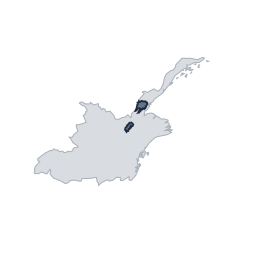 Hpa-An, Kayin, Myanmar shown in context, rotated 239°
{"feature_id": "60261553B96608852730046", "entity_name": "Hpa-An", "entity_type": "district", "adm_level": 2, "iso_a3": "MMR", "parent_name": "Myanmar", "parent_adm1": "Kayin", "projection": "albers", "projection_center": [97.347, 18.013], "detail": "fine", "context": "in_parent", "style": "filled", "palette": "slate", "viewbox_px": 256, "rotation_deg": 239, "n_neighbors": 0, "source": "geoboundaries", "source_scale": "gbopen_adm2", "svg_char_len": 7983}
<svg xmlns="http://www.w3.org/2000/svg" viewBox="0 0 256 256"><g transform="rotate(239 128 128)"><path d="M164.2,115.1L161.7,113.9L160.0,115.0L157.2,114.7L157.5,117.0L156.0,117.8L153.2,117.6L151.6,121.3L145.9,122.3L142.2,121.6L140.1,124.8L140.0,128.5L138.9,130.7L139.4,134.6L136.9,135.6L135.4,135.4L136.2,137.1L138.2,137.9L139.3,141.8L139.0,143.4L146.8,152.5L149.2,159.7L151.1,158.7L151.6,159.4L150.9,161.4L148.5,162.8L148.2,170.4L144.2,172.3L144.4,174.8L144.8,176.6L148.4,181.7L152.3,185.1L154.6,188.8L155.1,194.1L154.5,196.4L155.6,199.6L157.6,201.7L160.0,210.2L155.4,217.7L150.7,222.7L150.2,227.9L148.6,229.6L147.9,228.0L147.5,222.6L149.8,219.1L150.5,212.4L151.9,211.0L151.1,210.3L149.3,210.8L149.9,205.4L148.9,205.2L149.7,204.0L148.5,195.0L144.9,188.6L144.4,185.9L143.9,189.6L143.4,188.9L143.3,183.9L141.2,178.4L141.4,178.0L142.4,178.4L141.5,177.2L140.8,177.5L140.2,176.1L139.0,164.8L137.7,163.2L138.2,158.3L139.2,157.1L135.5,157.6L133.7,153.5L133.6,151.2L129.9,147.8L130.5,148.9L129.9,150.0L130.5,151.9L128.9,155.5L127.4,157.1L125.4,157.8L123.8,156.8L123.4,154.9L122.8,154.8L124.2,158.4L118.2,161.5L117.3,163.6L114.1,166.4L113.2,166.0L113.7,162.2L111.9,165.2L109.3,165.3L108.9,161.2L107.8,163.6L106.3,164.3L106.9,157.5L106.4,159.5L104.0,162.1L101.7,163.0L102.3,157.4L105.5,148.6L105.8,145.7L104.3,138.6L101.6,132.7L102.4,132.6L100.6,130.9L100.4,126.5L99.3,128.0L99.1,130.8L96.8,129.3L94.6,125.4L95.5,125.1L98.1,127.0L99.5,126.0L99.9,124.7L95.9,120.9L97.0,119.4L95.7,119.4L92.2,117.6L91.2,117.9L91.6,119.5L90.9,119.9L89.6,117.5L90.6,116.3L89.8,116.2L90.4,114.1L90.1,113.8L88.4,116.6L87.4,115.9L88.5,114.5L88.1,113.6L86.7,111.9L86.8,114.9L83.3,110.1L81.4,103.7L83.0,102.1L85.7,104.0L85.7,96.2L86.9,94.5L89.7,96.0L90.6,94.0L91.7,93.5L91.1,88.1L92.1,84.6L94.0,84.1L94.5,81.2L94.8,77.4L94.0,73.2L95.7,74.2L97.6,73.9L102.1,75.4L103.9,70.5L108.3,62.5L106.7,60.7L107.0,59.5L110.8,55.4L112.7,51.6L111.9,48.2L112.8,45.5L116.2,43.8L123.5,38.3L129.0,37.5L131.2,39.7L132.7,39.9L130.4,34.7L135.0,30.9L134.9,27.8L137.0,24.6L138.3,24.7L139.4,26.3L140.5,26.3L142.7,28.6L144.7,35.1L146.2,33.9L148.2,34.8L149.2,44.5L148.7,50.1L147.5,51.4L148.4,53.7L146.5,54.5L145.2,56.7L143.2,56.9L141.9,60.0L139.9,60.5L138.9,62.9L139.1,64.7L137.6,65.8L137.0,68.9L138.4,70.1L138.8,71.8L137.4,75.3L138.6,75.5L144.0,73.1L147.8,73.5L150.4,72.9L148.8,75.3L150.4,78.4L150.8,83.3L156.5,84.6L157.4,85.8L156.2,87.3L154.3,95.1L161.8,96.1L162.1,99.1L163.7,100.1L163.9,101.8L165.0,102.3L169.0,102.1L171.4,100.1L174.4,99.1L174.6,100.8L173.9,102.1L170.6,103.9L168.4,107.5L168.3,108.3L169.3,109.0L165.4,110.5L164.2,115.1ZM97.0,123.4L99.4,124.9L98.9,125.9L97.4,126.0L96.2,124.1L97.0,123.4ZM145.7,200.4L147.3,202.6L145.7,204.2L145.7,200.4ZM96.5,133.1L95.3,132.3L94.4,131.0L97.1,131.1L96.5,133.1ZM148.1,210.0L148.1,213.0L147.1,212.7L146.4,210.2L148.1,210.0ZM105.3,163.0L103.6,164.9L103.4,163.2L105.7,160.9L105.3,163.0ZM137.6,160.6L136.6,160.0L136.4,158.3L137.2,157.8L137.8,158.6L137.6,160.6ZM144.8,213.7L144.5,212.7L145.6,210.3L145.4,212.4L144.8,213.7ZM144.2,219.2L145.6,221.4L145.3,221.9L144.1,220.1L143.2,220.2L144.2,219.2ZM149.0,208.4L147.5,209.0L147.4,207.0L149.0,208.4ZM145.6,229.5L143.7,231.4L143.9,230.3L145.6,229.5ZM89.2,117.8L89.8,120.2L88.7,117.3L89.2,117.8ZM145.7,195.7L145.6,197.5L145.1,194.6L145.7,195.7ZM94.7,119.6L94.9,121.1L93.9,118.9L94.7,119.6ZM143.8,206.2L142.7,205.3L143.1,204.7L143.6,204.8L143.8,206.2ZM143.0,203.6L142.3,204.8L141.6,204.1L142.2,203.5L143.0,203.6ZM143.2,210.9L143.2,211.9L142.4,209.5L143.2,210.9ZM107.9,165.3L107.1,165.2L108.1,164.0L108.2,164.5L107.9,165.3ZM148.3,219.4L147.6,219.2L148.1,218.0L148.3,219.4Z" fill="#d9dde1" stroke="#a8b0b8" stroke-width="1"/><path d="M144.9,151.4L145.4,151.3L145.3,151.2L145.5,151.2L145.3,151.0L145.3,150.8L145.2,151.0L145.1,150.6L145.3,150.7L145.1,150.5L145.0,150.4L144.9,150.3L144.9,150.2L144.7,150.0L144.7,149.9L144.5,150.0L144.6,149.9L144.7,149.7L144.5,149.8L144.4,149.7L144.2,149.4L143.9,149.3L143.8,149.1L143.6,149.0L143.5,148.9L143.4,148.7L143.2,148.5L143.2,148.3L143.4,148.1L143.0,147.9L142.9,147.9L142.8,147.6L142.6,147.5L142.7,147.4L142.4,147.2L142.0,146.6L141.8,146.6L141.7,146.4L141.3,146.3L141.2,146.1L141.1,145.7L140.5,145.3L140.2,144.9L139.9,144.7L139.6,144.2L139.7,143.9L139.5,143.7L139.4,143.7L139.3,143.4L139.1,143.3L139.1,143.2L138.9,143.2L138.7,142.9L138.6,143.1L138.6,143.4L138.8,143.7L138.7,143.9L139.0,144.5L138.9,144.9L139.0,145.1L139.0,145.7L139.4,146.4L139.4,146.6L139.6,146.8L139.5,147.3L139.5,147.7L139.4,147.8L139.2,147.9L138.8,147.9L138.6,147.9L138.5,148.4L138.3,148.6L138.2,148.4L138.1,148.1L137.7,147.3L137.6,147.2L137.5,147.3L137.4,147.3L137.1,147.5L137.1,147.3L137.1,147.2L136.8,147.1L136.9,146.9L136.9,146.7L136.8,146.8L136.7,146.6L136.8,146.3L136.5,146.0L136.8,145.7L136.7,145.6L136.4,145.3L136.4,145.2L136.2,145.1L136.3,145.0L136.1,144.8L135.9,144.7L135.8,144.4L135.7,144.7L135.4,145.1L135.4,145.3L135.4,145.5L135.5,145.5L135.6,145.8L135.7,146.1L136.1,146.2L136.1,146.4L136.0,146.6L136.1,146.8L136.0,147.0L136.2,147.3L136.1,147.7L136.2,147.8L136.4,148.1L136.5,148.3L136.4,148.3L136.5,148.5L136.6,148.8L136.8,148.9L136.8,149.1L136.6,149.2L136.5,149.3L136.7,149.6L136.8,149.6L136.7,149.7L136.8,149.8L136.9,150.0L136.7,149.9L136.7,150.2L136.7,150.3L136.8,150.4L136.8,150.5L136.8,150.8L136.8,151.1L136.7,151.0L136.5,151.4L136.4,151.3L136.4,151.5L136.5,151.5L136.5,151.8L136.4,151.8L136.5,151.9L136.3,152.0L136.2,151.9L136.3,152.1L136.2,152.1L136.4,152.2L136.3,152.3L136.1,152.3L136.2,152.5L136.3,152.7L136.4,152.8L136.5,152.9L136.5,153.0L136.4,153.2L136.5,153.3L136.5,153.6L136.4,153.6L136.5,153.7L136.6,153.8L136.6,154.0L137.0,154.1L136.8,154.2L136.8,154.3L136.9,154.5L137.2,154.6L137.4,154.7L137.3,154.8L137.4,155.0L137.4,155.4L137.6,155.5L138.0,156.1L138.3,156.3L138.3,156.5L138.4,156.8L138.7,156.7L139.0,156.8L138.9,157.0L139.0,157.0L139.4,157.2L139.6,157.4L139.9,157.7L140.0,157.7L140.5,157.3L140.3,157.2L140.6,156.8L141.2,156.4L141.3,156.5L141.6,156.8L141.8,156.9L142.0,156.9L142.2,156.6L142.1,156.4L142.1,156.2L142.2,155.9L142.2,155.7L142.4,155.3L142.7,155.3L142.6,155.0L142.8,154.7L143.0,154.4L143.1,154.5L143.2,154.3L143.5,154.2L143.7,154.3L144.1,154.1L144.3,154.0L144.3,153.9L144.3,153.6L144.3,153.2L144.2,152.9L144.2,152.6L143.9,152.6L143.8,152.1L143.9,151.9L144.0,151.8L144.1,151.6L144.3,151.4L144.6,151.4L144.9,151.4ZM130.5,133.9L130.8,133.9L130.7,133.6L131.0,133.4L131.0,133.2L131.2,132.8L131.3,132.7L131.4,132.8L131.5,132.7L131.8,132.4L131.8,132.1L131.8,131.7L131.6,131.4L131.4,131.3L131.5,131.1L131.5,130.9L131.1,130.6L131.1,130.4L131.0,130.1L130.9,130.0L131.0,129.8L130.8,129.5L130.7,129.4L131.0,129.2L130.9,129.1L130.7,128.9L130.8,128.8L130.6,128.6L130.5,128.2L130.3,128.3L129.9,128.0L129.8,127.8L129.9,127.7L130.0,127.7L129.8,127.5L129.7,127.4L129.8,127.3L129.7,127.2L129.7,126.9L129.7,126.7L129.6,126.4L129.8,126.2L129.5,125.8L129.4,125.5L129.2,125.4L129.0,125.2L128.6,125.0L128.2,125.0L128.2,124.7L128.0,124.3L127.8,124.4L127.8,124.5L127.7,124.6L127.6,125.0L127.4,125.2L127.2,124.9L127.0,124.7L126.8,124.7L126.7,124.7L126.2,124.5L125.9,124.6L125.7,124.6L125.2,124.6L125.4,125.0L125.6,125.0L125.4,125.2L125.4,125.3L125.5,125.7L125.7,125.9L125.8,125.9L125.7,126.0L125.8,126.0L125.9,126.3L125.7,126.6L125.8,126.6L126.2,127.6L126.3,127.7L126.3,127.8L126.8,128.0L126.6,128.1L126.1,128.3L126.2,128.5L126.4,128.5L126.3,128.8L126.3,129.0L126.7,129.3L127.0,129.5L126.8,129.7L127.0,129.8L127.0,130.0L126.9,130.2L127.0,130.2L127.1,130.3L127.1,130.5L127.3,130.5L127.5,130.7L127.9,130.6L128.1,130.8L127.9,130.9L127.9,131.0L127.9,130.9L127.7,130.9L127.8,131.0L127.7,131.0L127.5,130.9L127.4,130.9L127.3,131.1L127.3,131.3L127.2,131.4L127.3,131.5L127.6,131.8L127.5,132.1L127.8,132.1L127.5,132.3L127.2,132.3L127.1,132.9L127.2,133.0L127.3,133.2L127.5,133.4L127.8,133.9L128.0,133.9L128.0,134.0L128.1,134.3L128.3,134.4L128.6,134.1L128.9,134.2L129.2,134.4L129.3,134.4L129.5,134.4L129.8,134.3L130.0,134.0L130.3,134.0L130.5,133.9ZM138.8,157.1L139.1,157.1L138.8,157.1Z" fill="#64748b" stroke="#1e293b" stroke-width="1.5"/></g></svg>